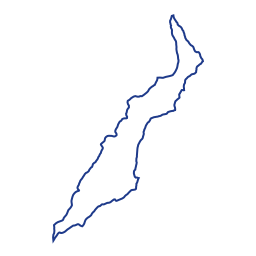 Thrimshing, Tashigang, Bhutan
{"feature_id": "84629894B18774539959245", "entity_name": "Thrimshing", "entity_type": "district", "adm_level": 2, "iso_a3": "BTN", "parent_name": "Bhutan", "parent_adm1": "Tashigang", "projection": "equal_earth", "projection_center": [91.6, 27.098], "detail": "fine", "context": "isolated", "style": "outline", "palette": "blue", "viewbox_px": 256, "rotation_deg": 0, "n_neighbors": 0, "source": "geoboundaries", "source_scale": "gbopen_adm2", "svg_char_len": 5818}
<svg xmlns="http://www.w3.org/2000/svg" viewBox="0 0 256 256"><path d="M138.7,178.1L138.2,178.0L136.9,177.5L136.3,177.5L135.8,177.6L134.8,176.7L133.9,173.6L133.9,172.3L134.0,171.2L134.6,170.2L135.3,169.6L135.4,168.6L135.9,166.6L136.2,165.0L136.5,164.0L136.7,162.4L136.3,161.2L136.4,158.6L136.9,156.8L136.9,155.6L137.4,148.9L137.6,147.4L137.9,146.5L138.2,144.9L139.8,141.8L140.6,140.5L141.4,139.6L142.2,138.9L142.8,137.8L143.0,136.5L143.2,136.1L143.3,135.6L143.7,134.5L143.8,133.6L143.6,132.6L143.6,131.8L143.9,131.2L144.2,130.3L144.2,129.9L145.3,127.6L145.5,126.8L145.9,125.7L146.5,124.6L147.1,123.7L147.5,123.0L147.9,122.5L149.0,121.8L150.0,120.2L150.7,118.6L151.4,118.2L154.0,117.2L155.3,117.0L156.3,116.8L157.2,116.7L158.1,116.5L158.8,116.2L159.6,116.1L160.6,115.8L161.4,115.4L161.9,115.0L162.4,114.7L163.1,114.5L165.9,114.0L166.5,113.8L167.2,113.3L167.4,112.7L168.0,112.1L169.1,111.7L170.8,111.2L172.6,110.9L173.3,110.9L174.0,110.4L175.1,110.1L175.2,109.4L175.1,108.4L175.0,107.6L174.6,106.4L174.4,105.8L174.4,104.7L174.8,103.3L175.2,101.8L175.6,101.0L176.0,100.7L176.6,100.2L177.0,99.7L178.8,98.3L179.5,97.6L179.3,95.8L179.2,94.5L179.4,94.0L180.0,93.3L180.2,92.6L180.9,91.7L181.4,90.5L181.9,90.0L182.9,90.1L183.6,90.3L184.1,90.2L184.0,89.4L184.0,88.3L183.8,87.1L183.8,86.0L184.1,84.4L184.9,83.1L185.0,82.7L185.1,81.6L185.1,80.8L185.4,79.7L185.9,79.1L186.5,78.6L187.4,77.6L187.8,77.1L188.9,76.4L189.6,76.2L190.0,75.8L191.2,74.7L191.8,74.3L194.0,73.8L194.6,73.6L195.6,72.7L196.1,72.2L196.2,70.6L196.4,70.1L196.5,69.6L196.4,68.9L196.5,68.3L196.8,67.1L197.3,66.4L197.6,66.1L198.2,65.8L199.7,64.4L200.9,63.8L202.1,62.1L202.4,61.5L202.9,61.3L202.8,60.5L202.5,59.8L202.4,59.4L201.3,58.1L201.0,57.6L200.6,56.6L200.3,56.1L200.2,55.3L200.0,54.4L199.5,53.3L199.1,52.7L198.5,52.1L197.7,52.1L196.7,52.2L195.3,51.5L194.8,50.8L194.1,49.3L193.7,48.0L193.2,46.8L192.2,45.9L191.6,45.6L190.8,45.1L190.1,44.3L189.2,43.2L188.7,42.3L188.3,41.6L186.3,39.8L185.9,38.9L185.4,38.1L185.1,37.1L185.1,36.7L184.8,36.0L184.5,35.2L184.4,34.4L184.3,33.8L184.1,33.2L183.7,32.3L183.3,30.9L182.5,30.0L182.3,29.6L181.8,28.3L181.0,27.2L180.2,26.5L179.1,25.9L178.6,25.5L178.1,24.9L177.7,24.6L177.5,23.2L176.8,22.2L176.2,21.7L175.8,20.8L174.9,19.6L173.9,17.8L173.6,16.7L173.4,15.4L171.8,15.9L171.0,18.9L170.1,20.8L170.1,22.1L170.2,22.8L170.5,23.5L170.6,24.6L171.1,25.5L170.8,26.6L170.9,27.4L171.2,28.3L171.8,29.3L172.0,30.3L171.9,32.1L172.0,33.5L172.3,34.9L172.7,35.7L173.9,37.6L174.5,38.9L175.0,39.8L175.6,40.6L176.0,41.6L176.2,43.1L176.2,44.3L176.5,47.0L176.4,49.1L176.6,50.7L177.0,52.8L177.2,53.6L177.5,54.1L177.9,55.9L178.2,59.1L178.5,60.0L178.5,61.0L178.3,62.5L177.9,63.5L177.6,65.1L177.5,65.8L177.2,67.3L176.8,68.5L175.4,71.4L174.5,72.8L172.7,75.1L171.3,75.6L169.5,76.1L165.8,76.9L163.1,77.8L162.2,77.8L160.2,77.6L159.3,77.6L157.5,77.7L157.4,78.8L157.1,80.2L156.7,81.0L156.2,81.8L155.0,84.4L154.6,85.1L154.2,85.2L153.7,85.4L153.0,86.1L152.2,86.5L150.4,87.9L149.5,88.9L149.2,89.1L148.0,91.3L146.7,92.6L143.8,94.9L141.9,96.2L140.3,96.1L138.9,96.7L137.5,96.7L135.3,96.1L133.6,96.6L131.2,98.1L129.6,99.7L127.8,100.8L127.5,102.2L128.0,104.2L128.9,105.6L128.9,107.5L127.8,108.8L127.1,110.1L126.6,112.7L126.1,113.6L126.3,115.3L127.1,116.7L127.0,118.0L126.1,118.4L125.0,118.3L123.6,118.5L122.2,119.1L121.9,119.7L121.1,120.8L120.8,121.0L120.2,121.3L119.7,121.7L119.3,122.3L118.1,124.5L117.6,126.2L117.3,127.0L115.9,129.2L115.5,130.1L115.3,130.8L115.3,131.9L115.6,132.4L116.1,133.1L116.4,133.6L116.5,134.0L116.6,134.8L116.5,135.3L116.0,135.7L115.4,136.1L114.8,136.4L114.0,136.5L111.7,135.9L109.5,135.8L108.7,135.8L107.5,136.0L106.7,136.5L105.9,137.1L105.2,138.0L105.0,138.6L104.6,140.7L104.2,141.3L103.2,142.1L101.9,143.2L101.1,143.9L100.9,144.3L101.0,144.8L101.5,145.6L102.4,146.9L102.8,147.7L102.8,148.2L102.5,149.1L101.9,150.0L101.3,151.3L101.0,152.2L100.9,152.9L100.2,153.8L99.7,154.7L99.5,155.1L99.3,155.7L99.1,156.2L98.8,156.5L98.4,157.0L98.2,157.5L97.8,158.6L97.3,159.5L96.7,160.2L96.1,161.0L95.5,162.1L95.1,162.4L94.3,162.8L93.0,164.0L92.7,164.9L92.5,165.7L92.1,166.8L91.8,167.1L91.2,167.4L90.8,167.8L90.3,168.5L89.4,169.6L88.8,171.0L88.4,171.4L88.0,171.8L86.8,172.6L86.0,172.9L84.8,174.1L84.0,175.5L82.9,177.1L82.1,178.5L80.9,179.9L80.3,180.8L79.8,182.2L79.2,183.4L78.7,185.1L77.9,186.3L77.5,187.4L77.5,188.0L78.0,189.2L79.0,190.3L78.8,190.8L77.1,191.3L75.6,192.1L74.2,193.5L73.2,194.9L72.5,196.7L71.8,199.3L71.6,200.2L71.5,200.7L71.5,202.0L71.6,202.5L71.9,204.6L71.9,205.4L71.2,206.7L70.3,208.0L69.1,209.3L68.3,210.2L67.2,213.1L66.4,214.8L65.3,216.1L64.4,217.1L63.6,218.3L63.4,219.1L63.0,219.9L62.0,220.6L57.9,222.1L56.2,223.1L54.0,225.1L54.3,227.5L54.2,228.7L54.4,230.8L54.1,233.3L53.4,234.7L53.1,237.4L53.4,240.6L54.1,239.5L54.9,238.0L57.0,235.2L57.8,233.8L58.5,233.1L59.1,232.6L59.5,232.5L60.1,232.6L60.5,232.9L61.3,233.0L62.1,232.9L63.1,232.6L64.7,231.8L65.7,231.0L67.4,229.5L68.8,228.6L70.5,227.4L72.4,226.1L73.2,225.6L74.4,225.5L75.5,225.2L76.8,224.6L77.4,224.3L78.1,224.2L78.7,224.4L79.6,224.9L80.2,225.5L81.0,225.9L82.2,226.3L82.7,225.9L83.4,225.0L84.2,223.7L84.9,221.5L85.3,220.5L85.8,219.5L86.5,218.8L87.0,218.3L88.0,217.5L89.2,216.8L90.6,215.7L91.2,215.1L92.0,213.5L93.2,212.1L94.1,211.4L95.0,210.0L96.0,208.8L97.5,207.2L98.0,206.7L98.9,206.3L99.2,206.1L99.6,206.2L100.1,206.0L101.5,204.7L101.9,204.4L102.3,204.3L103.6,204.4L104.1,204.3L107.2,202.9L108.1,202.8L108.4,202.8L109.1,202.7L110.2,202.3L110.7,202.0L112.0,200.9L113.9,199.5L114.4,199.4L114.9,199.4L115.1,199.7L115.6,200.3L116.1,200.8L116.7,200.8L120.7,199.1L122.0,198.6L123.5,197.7L124.1,197.2L124.4,196.8L125.1,195.9L126.0,195.1L127.5,194.1L128.6,192.8L130.5,190.9L131.3,190.2L131.9,190.0L133.7,189.8L135.2,189.5L136.0,188.8L136.1,187.4L136.1,186.7L136.4,185.4L136.4,183.7L137.1,182.6L137.4,181.7L138.0,179.6L138.7,178.1Z" fill="none" stroke="#1e3a8a" stroke-width="2"/></svg>